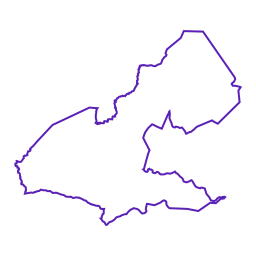 Santa María Peñoles, Oaxaca, Mexico
{"feature_id": "50627088B61108461233373", "entity_name": "Santa María Peñoles", "entity_type": "district", "adm_level": 2, "iso_a3": "MEX", "parent_name": "Mexico", "parent_adm1": "Oaxaca", "projection": "mercator", "projection_center": [-97.041, 17.056], "detail": "fine", "context": "isolated", "style": "outline", "palette": "violet", "viewbox_px": 256, "rotation_deg": 0, "n_neighbors": 0, "source": "geoboundaries", "source_scale": "gbopen_adm2", "svg_char_len": 5833}
<svg xmlns="http://www.w3.org/2000/svg" viewBox="0 0 256 256"><path d="M234.8,77.5L203.0,31.6L183.8,31.1L180.8,37.9L166.9,49.4L165.5,53.1L166.5,54.9L166.1,55.9L164.3,57.2L162.4,59.7L161.5,62.4L161.1,63.1L160.7,63.7L159.7,64.1L158.2,64.5L157.6,64.9L156.4,65.4L156.1,65.8L155.0,66.2L153.3,66.0L151.7,65.3L151.0,65.2L150.2,65.4L148.4,65.5L147.5,65.9L146.7,65.8L146.0,65.5L144.9,65.2L144.4,65.2L144.1,65.4L143.7,65.1L143.2,65.3L142.4,65.1L141.7,65.4L141.3,65.3L141.0,65.7L140.4,65.6L139.9,65.8L140.0,66.5L139.5,66.9L139.3,67.3L139.6,67.7L139.2,68.1L139.2,69.3L139.0,69.6L138.5,69.6L138.6,70.3L138.6,71.3L139.0,72.5L138.2,73.2L137.8,73.8L138.2,74.8L138.2,75.4L137.3,76.2L137.5,77.0L137.5,78.0L137.9,79.6L137.8,79.9L137.5,80.1L137.0,80.8L137.1,81.9L137.4,82.6L137.0,83.0L137.0,83.7L137.6,84.0L136.8,84.7L136.3,85.5L136.2,86.4L135.3,87.1L134.6,88.9L134.2,89.3L134.2,89.8L133.7,90.8L132.9,91.2L131.9,91.4L131.1,92.4L130.1,92.6L129.7,93.0L129.3,92.9L128.7,94.0L127.9,93.6L126.9,94.0L126.4,94.8L125.8,95.2L125.2,96.0L124.9,95.6L123.3,96.1L122.5,95.8L122.1,96.2L121.2,96.1L120.3,96.7L119.5,96.7L118.8,97.0L117.9,98.1L117.2,98.2L115.9,100.7L115.1,100.3L114.7,100.4L114.6,101.1L114.8,102.0L115.5,102.3L114.4,103.4L115.3,106.3L114.9,107.8L115.2,108.1L115.8,108.0L116.1,110.5L116.6,111.3L116.8,112.8L116.6,113.5L115.1,115.1L114.9,115.9L115.2,116.4L114.9,116.7L113.1,116.3L112.7,116.5L112.4,117.8L112.5,118.6L112.2,119.4L111.3,119.2L110.8,119.3L109.9,119.2L108.3,119.2L107.8,120.0L108.0,120.4L107.9,121.2L107.6,121.8L107.2,121.8L106.6,121.4L104.7,121.1L104.1,121.4L104.1,122.6L103.8,123.1L103.1,123.3L102.1,123.1L101.3,123.1L100.2,122.6L99.9,122.9L99.9,123.5L98.9,123.9L98.6,123.8L98.3,122.8L97.6,122.8L97.3,122.9L97.6,123.9L97.2,124.1L96.6,123.5L95.6,123.0L96.1,122.1L96.4,121.8L96.5,120.6L96.0,119.0L95.7,116.4L95.9,115.8L95.9,114.3L96.3,112.4L96.1,111.5L96.6,110.4L96.5,109.5L97.5,108.2L89.4,107.6L52.5,125.0L37.7,140.8L32.6,146.6L31.7,147.2L30.3,148.7L30.0,149.2L30.1,149.5L30.5,149.6L30.4,150.4L30.2,150.8L29.7,151.2L28.0,151.4L27.9,152.1L27.2,154.0L27.4,155.0L26.8,155.4L26.1,155.5L25.5,155.8L25.1,155.8L24.7,155.6L24.4,155.8L24.5,156.0L23.6,156.5L23.8,158.2L23.6,158.5L23.0,159.1L22.1,160.4L21.4,161.4L20.6,161.9L19.7,161.9L18.5,161.8L16.8,160.9L16.6,161.0L17.0,161.8L16.8,162.8L16.6,163.3L16.2,163.2L15.4,163.6L15.4,165.2L15.7,166.0L17.1,166.1L17.4,166.3L17.5,166.8L17.3,167.3L17.4,167.7L18.5,167.9L19.0,168.7L19.1,169.5L18.7,170.0L18.0,170.4L18.1,172.6L18.8,172.6L19.5,173.2L19.8,173.9L20.1,176.3L20.4,176.7L20.5,177.4L20.1,178.0L20.1,178.4L20.9,179.5L21.9,181.6L21.5,182.6L21.7,182.8L21.2,183.6L21.3,184.1L21.8,184.4L23.0,184.5L23.7,185.2L24.3,186.2L25.4,186.8L25.8,187.7L26.0,190.5L25.8,191.0L25.5,191.1L25.2,192.1L25.4,192.6L25.0,193.6L31.3,192.5L32.6,192.8L33.7,192.7L34.5,192.1L35.9,191.9L36.8,191.3L39.0,191.0L39.7,190.6L40.9,189.6L42.8,190.2L46.3,190.4L47.3,191.1L48.2,191.2L50.1,191.0L51.6,192.1L52.4,192.6L52.8,193.0L54.1,192.8L56.9,192.8L57.8,193.3L58.9,193.6L61.0,194.5L63.6,195.0L65.1,195.9L65.6,196.4L66.6,196.7L70.5,196.9L70.9,196.7L73.0,198.0L74.4,197.8L75.7,197.4L77.5,197.5L78.0,197.7L79.1,197.6L80.0,198.2L80.9,198.4L84.8,200.5L85.9,200.6L87.8,202.6L88.9,203.0L90.5,204.0L90.9,204.0L91.8,204.6L92.6,204.5L93.6,205.0L94.3,205.0L95.3,205.5L97.1,205.9L98.5,205.8L99.4,206.4L100.6,208.7L101.7,208.8L102.0,209.0L104.1,208.9L103.9,209.6L103.7,210.1L103.7,213.4L103.0,214.0L102.7,214.1L102.7,214.6L102.5,215.0L102.3,215.1L102.1,215.9L101.8,216.3L101.8,217.4L101.2,218.4L100.7,218.5L101.7,219.6L102.1,220.4L102.8,221.4L103.6,221.7L104.6,222.4L105.5,224.2L105.9,224.7L106.4,224.9L107.0,224.8L108.4,223.1L109.5,222.1L111.7,221.4L114.5,219.6L116.3,217.4L118.3,216.7L120.2,216.3L121.4,215.4L123.4,214.7L124.9,214.2L126.5,214.1L128.2,211.9L130.5,209.7L131.9,209.2L133.6,208.2L133.8,208.2L137.1,209.0L138.3,209.6L139.4,210.6L140.2,211.7L140.5,211.9L141.8,213.3L142.4,213.5L144.3,213.2L144.8,213.0L145.3,212.4L146.3,211.6L146.4,210.7L145.8,209.1L145.9,208.3L146.9,203.9L148.2,204.0L154.6,205.2L160.8,202.4L162.5,200.9L163.6,200.5L164.4,200.4L164.6,200.7L166.1,201.4L166.4,202.3L166.4,202.9L166.2,203.3L166.5,204.5L167.1,205.7L167.6,206.5L169.4,208.2L187.3,208.9L198.3,211.0L210.2,202.8L215.8,203.2L220.8,198.8L223.8,198.5L225.2,197.1L224.9,196.8L224.2,196.8L222.6,197.0L221.4,197.4L219.3,197.2L217.6,198.2L216.2,199.8L214.2,201.2L210.8,200.3L209.2,197.1L206.5,194.0L204.8,188.5L202.6,187.8L201.2,187.6L200.1,188.3L198.3,187.8L196.1,186.9L195.4,186.2L192.0,180.6L191.2,180.2L189.0,181.5L187.0,182.2L186.2,182.3L185.5,182.1L183.8,181.5L183.4,180.9L183.2,179.8L182.5,178.5L181.4,177.5L180.1,176.6L177.7,173.8L176.8,173.3L176.2,173.2L175.0,171.6L173.1,172.6L170.4,173.7L167.6,173.3L166.9,173.3L166.5,173.4L164.8,174.2L162.5,174.5L161.1,174.3L160.6,174.4L160.1,174.1L159.7,173.5L159.4,173.5L158.3,172.2L157.6,172.0L156.8,171.9L155.7,172.9L155.0,173.2L153.0,172.7L152.6,172.2L152.6,170.5L151.4,169.6L149.8,169.5L149.5,169.3L149.3,168.8L148.4,169.2L148.1,169.5L147.8,170.1L147.8,171.0L147.7,171.5L147.1,171.9L145.6,171.6L145.0,171.3L144.4,170.7L144.0,170.0L143.3,169.4L143.9,169.2L148.1,153.8L149.5,150.2L143.2,138.0L144.4,134.1L145.0,133.2L145.2,132.3L148.0,128.3L149.8,126.4L151.2,125.3L151.7,124.5L152.3,124.4L153.0,124.6L157.5,126.9L161.8,128.7L167.6,115.2L168.8,113.0L169.0,111.9L169.5,111.4L169.8,113.7L169.5,118.2L170.4,120.7L171.4,122.7L172.1,125.5L172.4,126.1L173.1,126.9L174.1,127.4L175.1,127.4L175.6,126.8L176.0,126.6L178.5,127.3L179.9,128.0L181.9,127.5L182.7,128.3L185.1,131.4L185.8,133.3L186.1,133.7L186.7,133.6L188.3,132.6L191.2,131.7L193.2,130.0L194.3,129.3L194.6,128.8L195.7,127.7L197.2,126.6L212.0,120.4L213.7,121.6L217.8,123.7L239.6,102.2L238.4,90.6L240.6,87.2L238.2,86.4L235.7,85.9L233.2,85.6L232.7,85.7L231.7,84.0L232.5,82.8L233.8,82.0L234.9,79.8L235.2,79.0L234.8,77.5Z" fill="none" stroke="#5b21b6" stroke-width="2"/></svg>